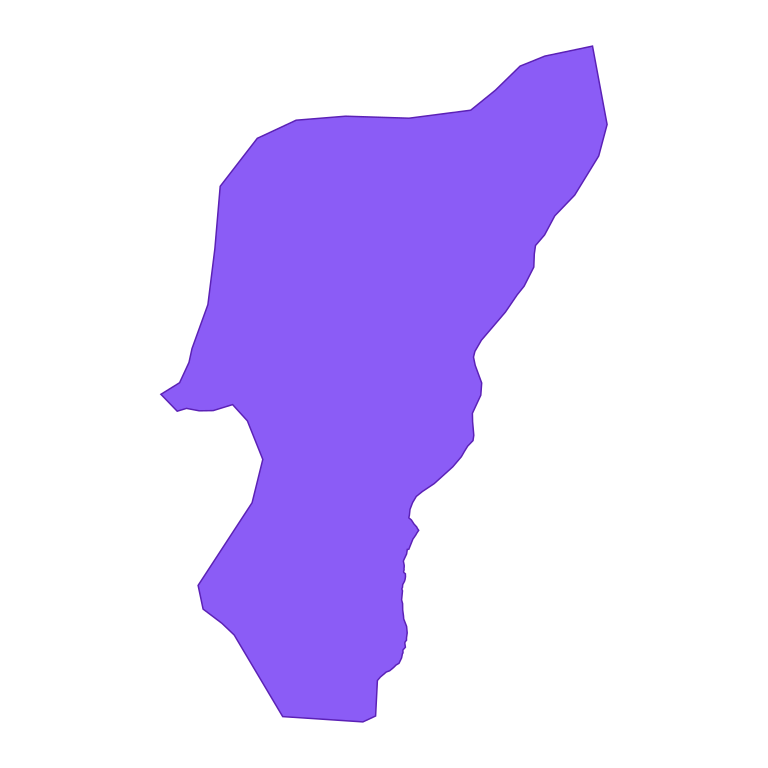 the district of Orolu, Osun, Nigeria
{"feature_id": "59680162B59567965419701", "entity_name": "Orolu", "entity_type": "district", "adm_level": 2, "iso_a3": "NGA", "parent_name": "Nigeria", "parent_adm1": "Osun", "projection": "robinson", "projection_center": [4.479, 7.891], "detail": "fine", "context": "isolated", "style": "filled", "palette": "violet", "viewbox_px": 768, "rotation_deg": 0, "n_neighbors": 0, "source": "geoboundaries", "source_scale": "gbopen_adm2", "svg_char_len": 1592}
<svg xmlns="http://www.w3.org/2000/svg" viewBox="0 0 768 768"><path d="M160.9,394.3L177.2,411.2L186.5,408.4L199.2,410.8L213.2,410.6L232.6,404.6L247.4,420.9L249.3,425.7L262.8,459.4L252.1,502.7L198.1,585.4L203.1,609.1L221.9,623.3L234.2,635.0L282.7,716.6L362.9,721.9L375.6,716.0L377.4,680.5L380.4,677.0L386.3,672.0L389.6,670.8L393.5,667.6L396.1,665.0L399.0,663.3L401.6,657.9L402.1,655.3L402.4,653.8L403.0,652.9L402.9,650.4L403.2,649.6L404.2,648.6L405.4,647.2L404.8,642.9L405.3,641.6L406.5,640.3L406.5,637.8L407.2,632.9L406.6,626.4L403.7,618.9L403.5,615.9L402.7,610.0L402.6,603.6L401.6,599.9L402.5,590.8L401.8,588.9L402.5,587.3L402.7,584.6L404.5,581.3L405.1,579.3L405.5,576.7L405.4,573.8L403.8,572.5L403.6,571.3L404.0,570.4L404.1,569.6L404.0,568.3L404.2,567.0L404.2,565.3L403.4,561.3L403.6,560.4L406.6,554.0L407.3,549.4L408.8,549.3L412.9,539.1L415.7,535.1L416.9,533.0L418.7,530.3L417.3,528.3L416.8,527.1L413.9,523.9L411.4,520.0L408.8,517.8L409.4,515.2L410.0,509.4L412.6,502.6L416.3,496.4L422.4,491.5L434.2,483.6L452.8,466.8L461.3,456.8L464.6,451.1L467.7,446.1L473.0,440.6L473.8,435.3L472.6,421.7L472.4,413.3L480.8,395.2L481.7,383.0L475.2,365.3L473.5,357.1L474.9,351.4L481.4,340.2L505.4,312.1L517.2,294.8L524.1,286.2L533.8,267.1L534.3,254.0L535.5,245.5L544.6,234.9L554.8,215.8L574.7,195.1L598.7,156.0L607.1,124.5L592.5,46.1L544.8,56.1L520.1,66.1L495.4,90.2L470.7,110.2L447.5,113.2L409.0,118.2L345.5,116.2L296.1,120.2L257.3,138.3L247.4,151.1L228.7,175.3L220.2,186.3L214.9,248.5L207.9,304.6L192.0,348.6L189.0,362.4L179.6,382.7L160.9,394.3Z" fill="#8b5cf6" stroke="#5b21b6" stroke-width="1.5"/></svg>